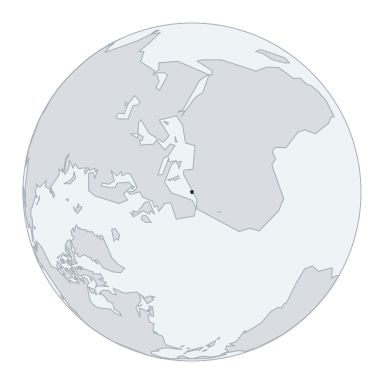 Chlef highlighted on a globe, orthographic projection, rotated 257°
{"feature_id": "DZA-2200", "entity_name": "Chlef", "entity_type": "Province", "adm_level": 1, "iso_a3": "DZA", "parent_name": "Algeria", "parent_adm1": "", "projection": "orthographic", "projection_center": [1.303, 36.195], "detail": "fine", "context": "on_globe", "style": "filled", "palette": "slate", "viewbox_px": 384, "rotation_deg": 257, "n_neighbors": 0, "source": "natural_earth", "source_scale": "10m", "svg_char_len": 10095}
<svg xmlns="http://www.w3.org/2000/svg" viewBox="0 0 384 384"><g transform="rotate(257 192 192)"><circle cx="192" cy="192" r="169" fill="#eef3f6" stroke="#a8b0b8"/><path d="M42.3,113.6L43.3,111.8L63.0,82.9L58.7,88.2L68.5,76.7L79.3,66.1L87.4,59.4L100.9,51.3L96.5,54.2L100.3,52.4L105.9,48.7L108.8,46.9L129.3,38.7L148.9,31.5L152.7,29.3L153.8,30.1L159.3,26.6L168.4,24.8L159.6,26.9L159.8,27.3L166.7,25.8L168.5,26.0L172.8,25.5L174.3,26.0L169.0,27.7L169.9,28.2L174.7,27.2L179.2,27.3L172.0,28.7L179.1,29.3L171.7,33.3L151.1,38.2L148.4,42.3L131.0,52.9L134.0,52.9L129.3,57.5L131.0,59.4L127.3,61.2L131.9,61.2L135.0,59.2L138.0,58.6L139.3,59.7L134.8,62.0L133.5,61.9L132.9,63.2L130.0,64.0L132.2,64.2L126.5,67.2L134.0,65.9L131.1,69.7L126.8,71.3L124.9,68.9L110.2,68.2L105.3,69.8L100.4,74.1L96.1,86.5L91.6,89.5L87.4,95.3L90.9,94.4L95.5,89.7L100.9,89.8L105.9,84.5L108.8,84.0L114.8,79.8L116.4,83.0L114.7,88.5L109.8,92.3L108.9,95.0L115.7,93.7L108.5,103.5L107.2,115.2L105.1,117.7L97.2,117.8L92.0,111.4L81.8,113.2L90.9,114.9L85.4,121.8L85.6,124.4L87.4,125.8L90.4,124.4L89.1,127.6L79.5,126.7L80.6,123.8L83.6,123.9L81.2,121.2L74.7,121.4L72.4,125.4L65.1,122.8L63.3,125.7L60.8,127.1L64.0,122.5L58.0,130.9L49.0,131.8L40.7,147.0L46.1,131.5L46.4,126.4L45.9,122.1L44.5,124.5L45.8,116.6L43.7,115.9L37.8,125.2L33.3,136.2L32.3,143.4L34.3,140.6L34.9,144.6L29.5,154.3L29.7,165.0L26.8,174.1L26.2,181.8L27.5,184.8L28.5,191.8L31.0,189.1L34.2,191.0L32.4,199.3L35.6,194.6L36.4,201.4L43.8,210.9L42.8,212.0L48.8,229.7L58.1,242.4L60.2,250.3L58.9,252.9L62.7,256.8L62.8,259.2L80.7,273.7L91.9,284.8L92.9,292.6L86.3,297.3L86.6,311.5L76.4,308.8L78.1,313.5L77.6,316.1L70.9,309.8L73.3,312.2L65.1,303.5L57.5,294.3L50.6,284.5L44.4,274.3L41.2,267.9L38.0,260.9L32.5,247.7L25.4,219.4L25.3,213.8L24.6,208.0L26.8,202.8L27.6,190.3L27.2,186.5L25.9,188.3L25.8,173.7L27.6,162.7L35.9,127.3L42.3,113.6ZM38.1,151.4L38.6,168.2L36.0,163.5L36.9,163.3L37.3,157.9L37.2,150.6L35.6,147.2L38.1,151.4ZM43.6,147.8L43.3,145.6L43.9,147.2L43.6,147.8ZM109.7,46.1L105.9,48.7L100.1,52.1L103.1,49.9L109.7,46.1ZM121.0,40.6L119.6,41.6L115.6,43.0L117.6,42.0L121.0,40.6ZM155.0,28.0L151.5,29.1L154.3,28.1L155.0,28.0ZM173.1,25.4L173.6,25.1L175.6,25.0L173.1,25.4ZM113.6,78.4L114.2,79.1L112.7,79.5L113.6,78.4ZM115.6,76.0L113.5,76.0L114.1,74.9L115.4,74.9L115.6,76.0ZM179.8,25.8L182.9,25.9L178.8,26.0L179.8,25.8ZM118.0,76.3L115.5,73.0L116.7,71.1L122.7,69.7L118.0,76.3ZM184.2,26.2L192.0,26.9L193.6,26.3L193.4,28.9L186.8,27.2L181.5,27.3L184.5,26.8L184.2,26.2ZM135.4,58.1L132.2,60.3L133.7,57.6L135.4,58.1ZM135.6,56.6L135.8,49.9L141.2,47.5L140.0,50.1L146.0,46.5L148.6,48.6L145.8,51.0L141.9,52.1L145.9,52.2L135.6,56.6ZM192.0,30.5L193.1,31.1L190.9,30.8L192.0,30.5ZM139.4,58.2L138.9,56.9L143.6,54.7L145.3,56.9L143.2,56.9L139.4,58.2ZM146.4,44.7L150.1,43.6L153.2,45.0L155.1,44.8L149.1,48.5L146.4,44.7ZM142.8,57.9L146.0,58.1L145.0,60.1L140.1,59.3L142.8,57.9ZM144.0,53.3L146.3,52.4L145.6,53.6L144.0,53.3ZM143.3,68.1L142.6,66.3L145.0,65.0L143.3,68.1ZM147.3,58.0L147.6,57.3L148.5,56.7L150.4,57.3L147.3,58.0ZM151.7,49.3L152.2,50.2L154.3,47.8L156.7,48.9L152.3,51.3L155.2,50.8L155.9,51.1L151.5,52.7L151.7,49.3ZM154.8,56.0L150.0,59.7L150.7,63.1L148.6,64.3L147.9,58.7L154.8,56.0ZM153.3,53.9L153.8,55.4L150.9,56.0L148.8,55.3L153.3,53.9ZM159.9,48.9L157.4,46.6L158.5,46.2L159.9,48.9ZM155.6,56.8L156.7,55.9L156.0,56.9L155.6,56.8ZM159.2,51.1L158.2,50.3L159.4,49.9L159.2,51.1ZM159.9,54.9L158.3,56.0L156.8,55.6L159.9,54.9ZM160.0,53.1L162.0,52.7L157.3,54.7L159.4,52.7L160.0,53.1ZM160.6,50.9L160.9,50.3L160.8,51.3L160.6,50.9ZM166.4,56.2L160.8,58.9L157.5,57.8L163.4,55.3L166.4,56.2ZM236.0,28.9L231.7,28.5L214.5,27.0L222.0,27.5L221.9,28.1L225.6,28.9L230.7,29.5L230.3,29.1L246.8,35.2L262.4,40.8L257.4,37.6L258.4,37.3L271.7,43.1L296.8,59.5L297.1,59.7L302.6,64.2L303.0,64.6L300.0,62.1L306.2,67.8L302.1,64.6L308.9,71.0L310.9,72.4L306.9,68.2L314.5,75.7L315.1,76.3L323.2,85.5L330.6,95.3L337.2,105.7L343.1,116.5L345.9,122.3L346.2,122.8L350.7,134.0L354.4,145.4L354.4,145.5L356.0,151.4L357.2,156.3L356.2,152.3L352.8,142.5L354.2,149.5L352.3,144.4L347.8,139.1L348.8,149.0L351.5,172.9L354.9,187.0L354.5,196.6L346.7,183.7L341.1,172.1L339.5,176.6L330.4,171.4L318.3,182.9L315.4,180.5L313.4,184.4L306.8,184.7L302.0,180.3L298.5,183.2L311.1,194.5L314.7,191.5L316.1,182.6L319.0,187.5L325.3,188.5L322.5,207.7L302.7,234.3L298.9,224.4L273.9,201.4L273.6,197.5L273.4,197.2L273.0,196.5L272.7,203.2L267.7,198.2L283.1,216.2L286.5,224.8L302.5,235.1L301.4,237.5L306.0,238.7L318.2,226.6L318.7,230.2L314.1,250.5L295.4,281.6L296.9,293.5L293.7,304.5L279.7,316.5L278.6,323.1L271.0,328.0L269.0,331.8L261.6,337.4L250.1,343.5L233.1,347.5L233.9,344.8L228.2,340.3L221.0,325.2L227.3,315.8L226.5,308.8L214.0,293.5L216.9,283.2L213.1,279.3L205.5,281.0L200.9,276.1L196.1,276.3L164.8,279.8L154.2,272.2L139.0,248.6L143.8,240.1L142.8,229.1L174.7,192.6L183.6,194.9L211.2,187.8L215.0,188.8L214.1,198.1L236.6,205.3L241.1,196.7L259.2,197.9L269.8,194.0L269.5,176.3L252.1,182.3L246.9,175.2L258.9,163.4L273.7,158.6L272.1,155.7L260.9,152.5L262.3,145.3L256.7,150.9L260.4,153.1L257.0,156.8L253.4,155.1L254.1,152.5L249.1,152.7L247.3,165.6L250.8,169.2L238.9,174.8L243.7,181.6L241.1,185.9L232.1,176.3L231.5,172.0L216.2,162.5L215.7,167.4L230.1,176.9L226.5,176.7L226.0,184.1L223.5,178.3L207.9,167.4L195.9,171.7L183.8,190.4L176.1,192.2L168.1,188.8L169.1,170.6L186.3,168.9L186.9,163.1L180.5,155.1L186.3,155.5L185.8,152.2L192.1,151.3L198.0,142.8L203.9,141.2L203.6,131.3L206.5,129.3L205.9,135.6L208.6,139.5L223.0,136.2L224.9,133.6L223.5,127.5L227.7,127.7L224.5,122.3L231.4,118.0L220.3,118.9L218.4,112.5L221.0,106.6L218.4,104.9L214.0,114.6L214.1,118.4L217.3,121.3L215.7,132.7L211.4,135.4L205.5,124.6L198.7,127.5L197.1,118.4L209.9,96.8L216.6,91.6L233.4,95.5L233.4,99.8L227.4,100.4L235.5,105.3L233.6,102.3L237.0,102.6L236.1,97.1L238.4,97.1L233.4,92.1L236.2,91.5L239.4,94.7L240.3,86.8L245.4,84.5L244.5,82.8L242.0,81.6L250.1,79.9L249.1,78.7L246.0,78.8L241.9,76.6L237.9,72.2L240.9,71.8L242.8,73.4L251.3,76.3L255.8,80.8L256.6,80.3L253.4,76.4L243.1,72.6L239.8,70.2L244.7,71.3L242.7,70.7L242.0,69.3L244.1,67.8L238.7,66.4L227.1,54.0L230.1,50.3L235.8,52.4L230.8,44.8L234.6,42.1L231.8,42.1L227.5,39.0L226.3,39.7L224.6,39.4L213.0,32.9L212.6,31.5L204.5,29.5L203.0,29.6L202.8,30.4L193.4,28.9L193.6,26.3L196.9,26.1L194.8,24.9L202.6,25.0L208.1,24.9L217.9,26.4L221.4,26.5L220.1,26.1L224.0,26.3L235.3,28.7L236.0,28.9ZM166.4,212.3L166.1,215.7L166.1,215.8L166.4,212.3ZM291.3,161.9L298.9,157.8L292.1,149.6L294.5,147.5L291.3,145.7L291.6,149.1L283.3,143.6L285.4,138.6L282.7,134.8L280.0,136.0L277.6,146.1L289.4,153.8L289.1,159.0L291.3,161.9ZM44.1,211.1L44.8,213.8L43.5,212.3L44.1,211.1ZM34.4,166.1L35.1,168.3L35.0,170.7L34.3,169.5L34.4,166.1ZM43.0,183.5L44.4,186.5L42.5,184.8L43.0,183.5ZM38.9,170.6L41.9,181.4L38.2,179.1L36.6,172.4L38.4,175.0L38.9,170.6ZM40.8,151.5L41.0,153.4L40.1,154.5L40.8,151.5ZM44.0,149.1L43.8,148.7L44.2,146.8L44.0,149.1ZM86.0,121.9L86.7,122.0L88.0,124.1L86.3,124.2L86.0,121.9ZM100.2,127.7L97.7,132.7L98.3,129.0L95.5,129.9L93.2,123.5L103.9,118.7L99.4,121.9L100.2,127.7ZM93.1,114.3L93.3,118.5L92.7,114.1L93.1,114.3ZM177.1,136.5L180.1,138.4L179.1,142.2L171.6,145.3L173.0,139.6L177.1,136.5ZM184.6,140.2L180.9,129.3L185.4,127.4L183.5,130.2L186.9,130.0L184.7,134.7L192.7,143.9L192.3,148.0L178.7,150.7L183.3,147.4L180.1,145.6L184.6,140.2ZM163.4,108.7L161.8,105.0L173.6,105.3L173.7,108.8L166.3,111.8L161.8,109.5L163.4,108.7ZM129.0,75.0L127.6,74.3L128.9,73.5L131.0,73.5L129.0,75.0ZM142.8,67.4L136.2,77.7L134.3,77.3L132.8,84.3L127.2,86.1L128.4,81.4L122.9,88.3L121.7,84.7L118.6,89.7L121.8,79.0L120.6,76.4L124.1,78.5L129.3,76.9L131.2,75.4L135.5,69.5L135.4,63.5L140.5,61.3L144.1,61.4L144.9,62.5L141.4,63.5L145.0,64.2L140.5,66.5L142.8,67.4ZM183.9,68.4L179.4,68.2L186.0,71.9L181.5,73.5L182.6,73.8L180.2,76.4L179.1,80.3L176.7,80.6L177.4,82.0L175.8,83.9L175.9,86.0L171.6,87.4L171.3,90.2L169.4,89.3L170.1,93.7L167.7,91.1L165.5,93.6L169.0,94.8L145.9,99.2L138.0,103.7L132.8,109.2L129.4,104.4L132.1,96.6L138.2,88.3L146.2,84.9L143.2,83.6L146.2,81.7L147.3,83.5L147.3,79.6L150.1,78.6L155.4,72.5L153.8,68.0L155.7,65.8L157.7,67.1L158.3,64.1L163.4,65.1L164.9,63.7L171.4,63.5L174.4,67.2L175.9,65.3L180.9,65.4L183.9,68.4ZM168.2,56.3L172.9,59.8L172.7,62.6L161.4,61.8L159.3,62.9L152.0,63.0L152.5,59.1L154.5,59.4L156.6,58.8L155.6,60.3L157.9,58.7L160.8,59.2L163.4,58.1L164.2,59.5L168.2,56.3ZM218.0,184.8L220.7,184.7L224.6,183.6L224.3,188.4L218.0,184.8ZM207.2,177.5L209.5,176.5L211.1,182.4L208.2,182.6L207.2,177.5ZM209.4,171.2L209.5,176.0L207.8,173.6L209.4,171.2ZM207.8,134.6L210.1,133.4L210.8,134.7L210.2,137.1L207.8,134.6ZM202.5,81.2L200.0,80.2L200.3,79.4L196.8,75.6L199.9,74.3L203.2,76.1L202.5,81.2ZM267.3,180.3L265.1,184.5L263.1,183.6L264.3,182.3L267.3,180.3ZM244.3,187.3L250.2,187.9L244.1,188.7L244.3,187.3ZM205.3,79.1L203.5,77.6L206.1,78.0L205.3,79.1ZM202.0,73.2L204.8,73.2L199.9,73.7L202.0,73.2ZM315.4,290.8L301.8,312.6L295.9,316.0L296.7,312.0L302.9,300.0L310.4,292.9L314.6,285.9L315.4,290.8ZM355.3,187.8L357.5,193.3L357.0,196.7L355.3,187.8ZM229.0,68.9L230.4,75.4L233.5,79.8L238.4,81.6L232.1,82.0L227.3,75.2L229.0,68.9ZM227.0,55.7L222.7,54.5L224.1,53.5L225.3,53.7L227.0,55.7ZM224.7,56.1L220.3,57.6L217.6,56.0L221.6,55.1L224.7,56.1ZM213.0,67.8L213.2,69.7L211.0,69.3L213.0,67.8ZM265.1,39.7L265.4,39.8L256.4,36.7L253.5,35.8L258.2,36.6L260.0,37.4L262.9,38.7L263.4,38.8L265.1,39.7ZM194.5,30.7L193.2,31.1L193.3,30.5L194.5,30.7ZM224.0,39.9L221.7,39.5L221.8,38.7L224.0,39.9ZM215.5,38.1L216.9,39.3L214.1,38.1L215.5,38.1ZM220.4,42.2L216.9,39.9L222.0,42.0L220.4,42.2Z" fill="#d9dde1" stroke="#a8b0b8" stroke-width="1"/><path d="M190.7,191.6L190.8,191.5L191.0,191.5L191.0,191.4L191.2,191.2L191.3,191.2L191.6,191.1L191.8,191.1L192.0,191.0L192.3,191.0L192.5,191.0L192.9,191.0L192.8,191.3L192.6,191.4L192.6,191.5L192.7,191.8L192.8,191.9L192.8,192.0L192.7,192.1L192.8,192.2L192.8,192.3L192.9,192.6L193.0,192.6L193.0,192.8L192.9,192.8L192.7,192.7L192.5,192.8L192.4,192.8L192.3,193.0L192.2,193.0L192.3,193.0L192.2,193.0L192.1,192.9L192.0,192.7L191.9,192.7L191.7,192.7L191.4,192.6L191.2,192.5L191.1,192.4L191.1,192.2L190.8,192.0L190.7,192.1L190.6,191.7L190.7,191.6Z" fill="#64748b" stroke="#1e293b" stroke-width="1.5"/></g></svg>